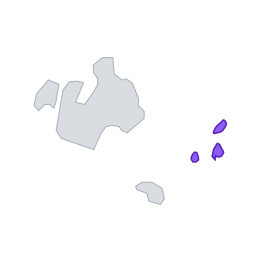 Kumlinge on a map of Aland (Albers equal-area conic projection), rotated 24°
{"feature_id": "ALD-4822", "entity_name": "Kumlinge", "entity_type": "state/province", "adm_level": 1, "iso_a3": "ALA", "parent_name": "Aland", "parent_adm1": "", "projection": "albers", "projection_center": [20.759, 60.281], "detail": "fine", "context": "in_parent", "style": "filled", "palette": "violet", "viewbox_px": 256, "rotation_deg": 24, "n_neighbors": 0, "source": "natural_earth", "source_scale": "10m", "svg_char_len": 1305}
<svg xmlns="http://www.w3.org/2000/svg" viewBox="0 0 256 256"><g transform="rotate(24 128 128)"><path d="M99.9,86.0L104.3,86.1L106.4,83.6L114.1,85.5L125.7,96.9L128.0,103.1L136.1,106.3L138.8,112.7L129.3,132.6L123.5,132.9L119.2,130.3L111.6,132.4L107.1,136.1L105.5,144.4L105.5,161.7L71.2,164.7L63.4,159.5L53.2,120.0L55.5,109.9L62.8,105.7L69.0,104.8L69.6,126.0L78.8,124.1L81.8,110.1L82.6,100.3L80.2,95.3L74.1,91.4L70.6,84.7L75.9,74.2L85.4,69.7L93.4,84.0L99.9,86.0ZM51.6,133.5L52.2,140.0L46.6,138.3L42.3,140.5L39.3,148.5L33.0,145.5L30.6,133.8L35.7,116.5L47.0,116.1L51.6,133.5ZM190.0,177.8L188.8,184.7L176.8,186.3L171.8,180.0L160.7,180.8L158.7,177.7L163.4,171.5L172.3,167.7L183.8,169.3L190.0,177.8Z" fill="#d9dde1" stroke="#a8b0b8" stroke-width="1"/><path d="M220.4,121.6L216.3,119.6L214.9,112.3L215.8,105.7L218.4,105.7L219.9,107.2L224.3,110.4L225.4,111.7L225.0,115.3L223.3,117.3L221.1,118.0L219.3,117.7L220.4,121.6ZM214.3,93.9L208.9,98.0L207.8,97.4L207.7,95.5L207.7,94.5L207.8,92.0L208.2,90.6L209.4,87.4L209.9,86.4L210.5,85.5L211.1,83.8L211.4,82.2L212.4,81.7L214.2,82.2L215.8,83.5L216.5,86.2L216.1,89.1L215.5,91.8L214.3,93.9ZM200.7,122.4L203.9,125.7L205.4,128.3L204.2,131.1L201.1,132.6L198.8,131.2L197.8,129.5L197.7,126.2L198.5,123.2L200.7,122.4Z" fill="#8b5cf6" stroke="#5b21b6" stroke-width="1.5"/></g></svg>